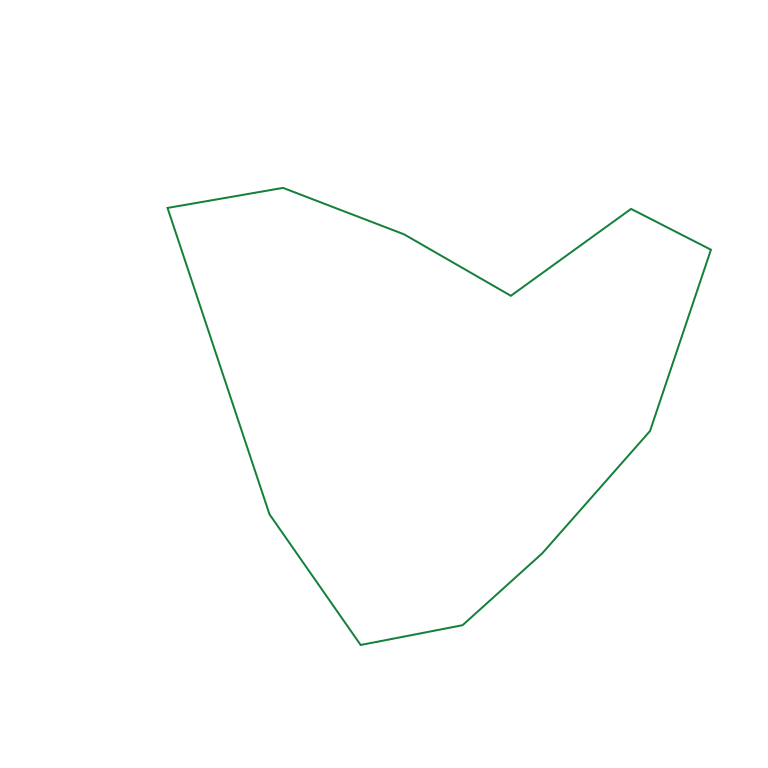 an SVG outline of Saint Mary Cayon, rotated 201°
{"feature_id": "KNA-5106", "entity_name": "Saint Mary Cayon", "entity_type": "Parish", "adm_level": 1, "iso_a3": "KNA", "parent_name": "Saint Kitts and Nevis", "parent_adm1": "", "projection": "natural_earth1", "projection_center": [-62.73, 17.347], "detail": "fine", "context": "isolated", "style": "outline", "palette": "green", "viewbox_px": 768, "rotation_deg": 201, "n_neighbors": 0, "source": "natural_earth", "source_scale": "10m", "svg_char_len": 310}
<svg xmlns="http://www.w3.org/2000/svg" viewBox="0 0 768 768"><g transform="rotate(201 384 384)"><path d="M312.3,132.0L444.2,221.3L649.2,470.8L548.6,530.9L418.9,530.9L297.2,511.8L216.1,636.0L126.9,626.5L118.8,435.4L175.6,282.6L224.2,187.0L312.3,132.0Z" fill="none" stroke="#15803d" stroke-width="2"/></g></svg>